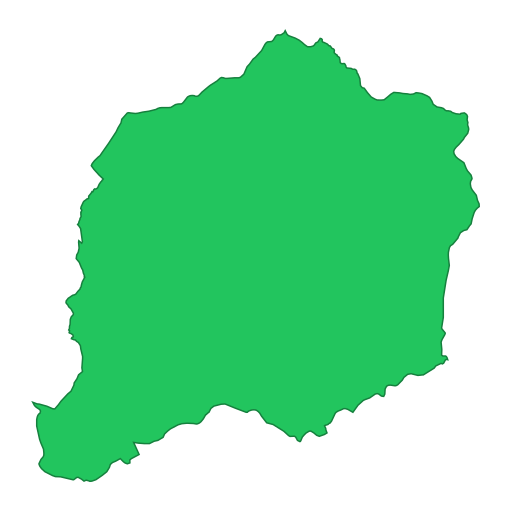 Colti, Buzau, Romania (Natural Earth projection), rotated 90°
{"feature_id": "2599482B71192083628389", "entity_name": "Colti", "entity_type": "district", "adm_level": 2, "iso_a3": "ROU", "parent_name": "Romania", "parent_adm1": "Buzau", "projection": "natural_earth1", "projection_center": [26.399, 45.4], "detail": "fine", "context": "isolated", "style": "filled", "palette": "green", "viewbox_px": 512, "rotation_deg": 90, "n_neighbors": 0, "source": "geoboundaries", "source_scale": "gbopen_adm2", "svg_char_len": 5958}
<svg xmlns="http://www.w3.org/2000/svg" viewBox="0 0 512 512"><g transform="rotate(90 256 256)"><path d="M402.3,479.2L405.2,477.7L406.2,476.9L407.3,475.7L409.2,472.8L410.2,471.8L411.1,471.5L413.2,472.0L414.1,473.3L415.5,474.2L417.1,474.8L419.6,475.3L426.0,475.3L439.3,472.4L443.0,471.1L449.1,468.5L453.3,468.1L455.3,468.2L456.8,468.8L459.4,471.0L463.6,473.0L464.5,472.9L466.3,472.1L468.6,470.5L471.7,467.1L475.6,459.4L476.6,456.6L476.8,451.5L479.8,438.8L479.6,438.1L477.4,435.2L477.3,433.8L479.2,430.4L481.1,428.0L480.2,425.9L480.7,423.6L481.3,422.1L481.1,420.1L479.7,416.1L475.3,409.7L471.7,405.2L467.4,402.6L464.5,401.7L462.5,399.5L461.2,396.4L458.6,391.7L461.8,388.5L463.0,386.9L463.8,384.7L462.9,382.1L460.0,382.2L458.6,380.6L454.5,372.9L442.4,378.4L443.1,373.8L443.6,367.5L443.6,362.6L441.2,357.8L440.4,354.1L437.3,348.9L433.9,347.4L430.9,344.2L428.8,341.5L424.8,333.9L423.7,330.2L423.2,325.0L423.5,318.5L424.0,315.6L423.8,314.4L423.0,312.6L421.7,311.0L418.9,308.7L414.7,306.3L414.6,305.8L413.2,304.4L412.2,303.0L408.4,301.1L406.1,298.1L404.2,290.8L404.0,286.9L408.2,276.6L412.3,265.8L412.2,264.5L411.5,264.0L410.9,262.9L410.1,260.7L409.8,258.8L409.9,256.9L410.3,255.5L411.6,253.7L413.2,252.2L416.1,250.5L422.8,245.3L424.5,238.9L431.2,228.2L435.6,223.4L436.4,222.0L436.2,217.6L437.1,216.3L440.4,214.5L441.6,212.1L441.4,211.6L440.5,211.1L437.1,209.7L434.9,207.8L433.0,205.9L431.1,202.7L431.1,201.1L432.8,198.3L435.3,195.3L436.3,192.7L434.5,187.6L432.9,185.0L430.0,186.1L428.3,186.3L425.8,187.5L425.4,187.0L424.5,184.1L423.4,182.9L423.1,182.0L421.2,180.5L413.3,176.8L412.2,175.8L411.0,173.8L410.0,171.2L408.7,168.5L408.6,167.6L408.7,166.3L409.4,164.1L412.3,159.1L405.2,154.0L400.4,148.7L399.6,147.0L397.9,142.3L394.0,136.7L393.6,134.8L394.0,133.3L396.0,130.7L396.3,129.4L396.4,128.3L394.1,127.2L389.1,126.9L387.2,126.0L385.8,124.9L385.2,123.3L385.1,121.5L385.8,116.9L385.5,115.6L384.8,114.3L380.1,109.7L377.4,108.1L374.3,104.3L373.7,100.9L375.4,94.1L374.9,89.5L374.9,88.7L368.1,77.8L365.9,76.2L363.4,71.0L363.9,69.6L363.2,68.4L359.9,66.6L359.4,65.4L359.7,64.3L357.8,64.9L356.5,65.7L356.0,66.5L356.0,69.2L355.1,70.4L349.4,70.2L342.1,70.9L339.6,70.0L335.0,67.4L333.6,66.8L332.8,66.9L329.0,70.0L328.0,70.4L317.4,68.7L298.0,68.7L280.3,65.9L270.8,63.7L265.4,62.7L258.5,63.5L255.0,63.7L252.3,63.6L247.6,62.6L245.7,61.5L244.3,59.3L238.1,54.1L236.8,53.7L232.7,51.6L230.5,48.2L229.7,45.1L225.8,42.5L223.9,40.9L218.6,39.8L212.4,37.8L210.1,36.5L208.1,34.7L206.6,32.8L203.9,32.9L200.4,34.5L195.3,35.7L189.8,39.9L187.4,41.1L183.8,41.7L181.4,41.4L178.8,40.0L177.5,40.2L175.0,41.0L170.9,44.5L168.5,45.8L162.7,48.1L158.5,54.2L156.5,56.3L153.6,58.0L151.1,58.3L149.3,57.5L147.1,55.8L144.6,53.2L139.2,48.5L137.4,47.6L133.3,44.3L129.5,43.3L128.1,43.4L125.3,44.3L124.2,44.4L122.6,44.1L119.8,44.9L116.5,44.5L114.8,45.2L113.7,46.4L112.9,47.7L113.4,51.1L114.2,51.8L113.8,55.9L112.5,59.8L111.3,61.3L110.8,63.9L110.8,65.6L110.1,66.9L108.5,68.5L107.7,70.6L107.0,74.9L104.3,78.8L101.1,80.1L97.4,82.4L95.8,85.0L93.6,90.0L93.0,93.2L92.7,95.9L94.0,98.5L94.4,101.9L93.9,104.3L93.5,109.2L92.9,112.3L92.4,118.2L94.3,121.3L97.0,124.4L99.8,127.9L100.1,130.8L100.0,134.8L99.2,136.9L97.0,140.8L92.7,144.5L88.2,147.8L87.7,149.8L85.6,151.5L78.6,152.2L73.8,154.2L73.3,154.8L70.8,155.4L70.1,155.9L69.5,156.7L69.2,157.4L69.3,159.2L68.4,160.8L68.0,165.1L67.0,166.0L65.7,166.2L63.9,167.2L63.5,167.9L63.7,169.7L63.6,170.6L62.6,171.8L59.6,172.1L59.1,172.4L58.1,172.4L57.4,172.7L55.9,174.8L55.2,174.8L54.7,175.3L54.4,176.1L53.0,177.6L52.3,177.9L50.6,177.6L49.8,177.8L49.0,178.4L48.4,180.0L46.0,181.7L45.7,183.1L44.1,184.6L42.5,187.9L42.1,189.2L41.0,189.9L39.9,189.7L39.3,190.0L38.7,190.6L38.4,191.8L41.9,194.1L43.0,196.3L45.2,197.8L46.0,198.8L46.7,201.1L46.8,203.0L46.7,204.6L44.5,207.6L42.6,209.7L40.2,212.8L38.1,216.8L35.6,223.6L34.1,225.1L30.7,226.8L32.8,227.9L34.8,230.9L35.0,232.4L34.8,233.9L35.1,235.0L36.1,236.3L40.2,238.8L41.5,240.3L41.9,244.5L42.7,245.7L44.3,247.0L50.6,250.4L57.3,256.6L59.1,258.9L64.0,262.4L66.7,264.9L74.1,268.1L77.3,271.6L77.8,273.3L77.8,277.3L78.4,284.9L78.4,286.8L77.8,288.5L77.5,290.5L78.2,291.9L81.0,295.0L85.0,301.3L86.5,303.3L92.0,309.9L95.2,312.9L96.1,314.2L96.3,315.2L96.2,316.9L95.7,317.7L95.5,319.4L95.6,321.3L96.0,322.7L97.0,324.5L102.2,328.5L103.4,329.7L103.9,330.7L104.0,333.9L104.6,336.6L107.4,341.1L107.6,343.3L107.6,350.2L107.8,352.2L108.5,354.4L109.4,355.9L111.2,363.1L112.1,369.3L113.2,374.0L113.5,376.6L113.0,381.3L112.7,383.3L113.0,384.7L119.2,390.2L122.9,391.0L127.7,393.9L131.9,395.9L143.5,403.5L152.9,410.1L155.7,412.0L157.0,413.7L160.8,417.6L163.6,419.8L165.7,420.7L169.3,418.1L175.4,412.6L179.0,408.7L179.7,409.2L180.2,409.9L181.3,410.4L181.9,411.2L184.4,412.9L187.7,414.3L188.5,415.2L189.1,416.5L188.9,417.4L189.7,418.2L191.7,419.1L191.9,419.3L191.6,420.0L193.2,420.9L196.1,423.3L198.5,423.4L199.0,425.2L200.0,426.3L201.1,427.9L202.1,428.7L206.7,430.8L208.3,431.2L208.7,431.2L209.6,430.4L210.4,430.2L212.4,431.2L213.0,430.9L213.7,431.2L216.6,430.9L218.5,432.0L219.3,432.0L221.9,433.1L223.2,433.3L224.5,434.4L226.1,433.0L228.6,431.4L241.7,429.6L243.2,430.3L240.7,433.2L242.2,433.4L248.2,432.9L252.3,433.8L255.0,435.3L258.6,435.8L262.4,432.7L267.9,430.5L270.0,429.3L273.2,428.6L275.2,427.7L277.0,427.7L277.2,427.2L281.9,429.7L285.4,430.7L286.6,430.8L288.2,431.8L289.1,432.0L291.2,434.0L294.1,436.2L294.7,437.3L295.3,439.4L298.3,443.8L300.9,445.8L302.6,446.0L303.3,445.7L305.1,444.1L306.8,443.3L308.9,441.0L313.2,438.6L314.6,438.7L316.8,440.7L319.3,441.7L324.4,441.9L326.2,442.5L328.6,442.6L330.0,443.3L330.8,442.4L332.7,442.9L333.2,442.1L333.7,440.7L335.1,439.0L336.8,438.7L337.5,440.1L338.7,440.6L339.8,437.9L340.0,436.5L341.3,435.5L342.5,433.6L345.7,431.6L348.9,431.2L356.4,429.4L358.3,429.4L367.8,430.1L371.6,429.5L374.8,433.4L378.7,435.0L382.9,437.8L385.2,438.1L391.2,441.0L393.9,444.2L401.2,451.0L404.9,453.7L408.9,457.2L408.8,459.1L406.2,465.2L404.1,472.7L403.9,474.9L402.3,479.2Z" fill="#22c55e" stroke="#15803d" stroke-width="1.5"/></g></svg>